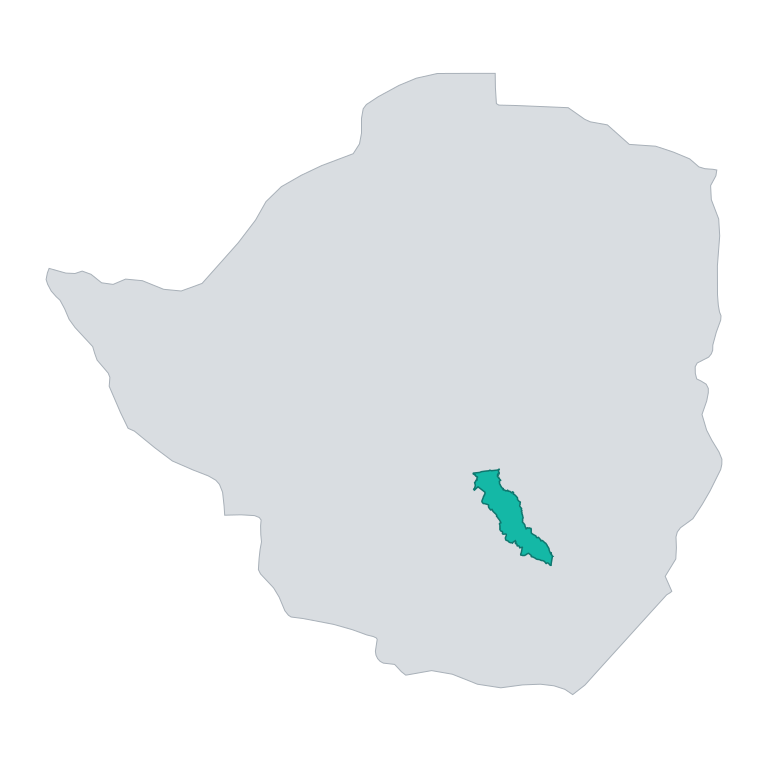 location of Chivi, Masvingo, Zimbabwe
{"feature_id": "62879985B12004776276546", "entity_name": "Chivi", "entity_type": "district", "adm_level": 2, "iso_a3": "ZWE", "parent_name": "Zimbabwe", "parent_adm1": "Masvingo", "projection": "mercator", "projection_center": [30.666, -20.5], "detail": "fine", "context": "in_parent", "style": "filled", "palette": "teal", "viewbox_px": 768, "rotation_deg": 0, "n_neighbors": 0, "source": "geoboundaries", "source_scale": "gbopen_adm2", "svg_char_len": 7969}
<svg xmlns="http://www.w3.org/2000/svg" viewBox="0 0 768 768"><path d="M572.7,694.6L564.8,689.3L554.0,685.8L540.4,684.2L522.6,684.9L500.8,687.8L477.4,684.2L452.3,674.2L431.6,670.6L406.8,675.0L405.7,675.1L401.4,671.7L394.6,664.4L383.3,663.1L380.2,661.4L377.7,658.7L376.0,655.2L375.4,651.3L377.2,639.3L376.2,637.9L373.2,636.5L367.0,635.0L352.1,629.6L333.3,624.3L302.9,618.5L291.1,617.0L288.4,615.2L284.9,610.8L279.1,597.0L273.6,587.9L260.5,573.9L258.4,569.6L259.1,558.5L260.1,549.5L261.5,541.9L260.8,534.8L260.6,525.9L261.1,520.0L259.3,517.5L254.5,515.6L241.0,514.8L224.7,515.2L224.1,506.2L222.6,492.3L219.5,484.4L215.8,480.2L208.3,475.9L193.1,470.0L172.4,461.0L154.7,447.7L134.4,431.1L128.1,428.3L120.6,412.8L109.2,386.3L109.9,377.4L108.2,373.1L97.1,360.1L94.7,353.4L92.7,346.6L75.1,327.6L69.1,319.3L64.6,308.7L60.0,300.2L56.2,296.7L51.2,291.0L47.7,284.4L46.1,279.5L47.4,272.9L49.1,268.4L65.9,273.1L75.0,273.5L82.2,271.1L91.0,274.3L101.6,282.8L113.1,284.4L125.6,279.1L142.4,280.7L163.6,289.3L181.2,291.0L202.1,283.4L220.8,262.4L238.3,242.7L255.6,220.0L266.0,201.6L281.3,186.7L301.4,175.2L321.9,165.5L353.2,153.7L359.5,143.9L361.5,133.2L361.5,118.4L363.2,108.8L366.4,104.5L371.6,101.1L378.4,96.6L399.0,85.4L416.3,78.2L437.3,73.5L460.4,73.4L482.6,73.4L495.2,73.4L495.4,87.6L496.4,103.6L498.8,105.1L515.5,105.5L542.3,106.6L568.2,107.7L584.7,119.3L590.2,121.8L607.4,124.9L629.3,144.4L655.6,146.2L673.7,152.2L689.7,158.9L698.9,166.9L704.9,168.7L712.9,169.3L716.8,170.0L715.9,175.8L710.6,185.6L711.3,199.6L718.7,219.0L719.7,235.9L717.4,265.8L717.5,294.8L718.3,305.1L719.5,312.0L721.0,315.8L720.7,320.1L716.3,332.2L712.8,345.1L712.7,350.2L711.3,353.9L708.7,357.1L697.2,363.0L695.2,366.7L695.3,373.3L696.7,378.9L701.0,381.0L706.2,384.2L708.3,388.4L708.3,392.8L706.7,401.0L702.0,414.5L706.6,430.1L711.8,440.2L719.0,452.0L721.9,459.2L721.8,464.4L720.7,469.5L710.0,491.0L702.3,504.3L692.9,518.7L680.5,527.7L677.3,532.0L676.0,536.9L676.4,547.7L675.8,559.0L665.2,576.3L671.8,591.3L670.3,592.6L666.7,594.8L651.4,611.6L635.9,628.7L624.6,641.2L611.7,655.4L597.3,671.3L585.0,685.0L572.7,694.6Z" fill="#d9dde1" stroke="#a8b0b8" stroke-width="1"/><path d="M552.8,556.3L552.7,556.2L552.4,556.1L551.9,555.2L551.4,554.7L551.5,554.5L551.4,554.4L551.0,554.1L551.0,553.9L551.3,553.8L551.3,553.7L551.3,552.9L551.2,552.7L550.8,552.6L550.6,552.9L550.5,553.1L550.4,553.1L549.4,550.8L549.3,550.4L549.1,549.8L549.0,548.8L548.7,548.1L547.8,546.6L547.6,546.5L547.5,546.4L547.1,545.2L546.8,544.9L546.4,544.2L545.6,543.1L545.4,543.0L544.8,542.8L544.4,542.3L544.1,542.1L543.5,541.4L543.3,541.3L542.9,540.9L542.2,540.5L541.7,540.4L541.1,540.9L540.9,540.9L540.7,540.5L540.6,540.1L540.5,539.7L540.3,539.4L539.3,538.2L538.5,537.4L538.3,537.3L538.1,537.3L537.3,537.7L536.9,537.7L536.5,537.3L536.2,536.9L536.0,536.1L535.7,535.8L535.0,535.4L534.1,535.0L533.6,534.6L532.7,534.2L532.4,533.9L531.5,533.3L531.4,533.0L531.3,532.3L531.2,531.9L531.2,530.7L531.3,529.8L531.1,529.2L531.1,528.6L531.0,528.4L530.8,528.3L530.4,528.5L530.2,528.4L529.5,528.0L529.3,527.9L528.4,528.1L528.2,528.1L527.8,527.9L527.4,527.8L527.2,527.9L526.9,528.2L526.6,528.7L526.0,528.8L525.8,527.7L525.4,527.2L525.1,526.4L524.8,524.9L524.6,524.5L524.0,523.8L523.7,523.3L522.7,522.4L522.5,522.2L522.4,522.0L522.5,521.6L522.7,521.0L522.6,520.4L522.6,520.2L522.6,519.5L522.5,519.0L522.7,518.8L522.8,518.5L523.0,518.2L523.1,517.6L522.8,517.0L522.8,516.5L522.5,515.2L522.3,514.5L521.8,513.7L522.0,513.2L522.0,512.8L521.4,511.4L521.6,511.1L521.9,510.8L521.8,510.4L521.5,510.0L521.3,509.3L521.3,509.1L521.6,508.7L521.5,508.4L519.8,506.3L519.7,505.9L519.7,505.2L520.0,504.6L520.1,504.4L520.0,503.4L520.3,502.7L520.3,502.1L520.1,501.9L518.9,501.2L518.2,500.3L518.0,500.1L517.5,499.5L517.5,499.3L517.5,497.9L517.3,497.5L517.0,497.3L516.8,497.0L516.4,496.4L516.1,496.1L515.4,495.6L515.0,495.0L514.4,494.5L513.8,494.4L513.4,494.1L513.3,493.7L513.5,493.1L513.6,492.8L513.2,492.2L512.8,491.9L512.4,491.9L512.1,492.2L511.9,492.7L511.6,492.8L511.4,492.7L511.2,492.4L510.7,492.1L510.0,491.4L509.2,491.2L508.6,491.1L508.3,491.3L508.1,491.2L508.0,490.6L507.8,490.3L507.6,490.2L507.2,490.5L506.6,490.8L506.3,490.8L505.8,490.7L505.5,490.8L505.3,490.7L505.0,490.2L504.6,490.0L504.3,490.0L503.8,490.0L503.4,489.9L503.2,489.8L503.2,489.5L503.1,489.4L503.4,489.0L503.3,488.6L502.2,488.0L501.7,487.4L501.3,486.9L501.2,486.6L500.8,486.2L500.6,485.5L500.4,485.3L500.2,484.7L499.5,483.7L499.6,482.8L499.3,481.9L499.3,481.4L499.4,481.2L500.3,480.5L500.4,480.3L500.6,480.3L500.6,480.2L499.5,479.0L499.3,478.4L498.7,478.2L498.7,477.3L498.1,477.2L497.4,476.1L498.1,475.4L497.7,475.2L497.5,474.9L497.6,474.5L498.0,473.9L499.0,474.0L499.2,473.2L499.0,472.9L499.1,472.4L498.5,472.0L498.6,471.2L498.4,470.4L499.2,469.6L499.0,469.2L498.3,469.6L498.2,470.0L491.6,470.7L489.8,470.2L488.8,470.8L485.5,471.1L482.6,471.5L481.7,471.6L480.3,472.1L479.9,472.4L473.4,473.1L473.2,473.3L473.2,473.5L473.3,474.0L473.9,474.3L474.2,474.5L474.4,474.6L474.8,475.0L475.1,475.0L475.3,474.9L475.4,475.1L475.4,475.4L475.6,475.9L475.9,476.2L476.1,476.2L476.9,476.8L477.4,476.9L477.5,477.1L477.4,477.3L477.2,477.5L476.9,478.3L477.0,478.7L477.0,478.9L476.9,479.1L477.1,479.6L477.1,480.0L476.9,480.1L476.4,480.0L476.2,480.1L476.1,480.3L476.1,480.5L475.7,480.9L475.6,481.5L475.4,481.9L475.3,482.1L475.0,482.1L474.9,482.2L474.6,482.6L474.7,482.9L474.9,483.4L474.9,483.9L475.1,484.2L475.3,484.9L475.3,485.2L475.1,486.6L474.8,487.2L474.8,487.5L474.8,487.8L474.7,487.9L474.7,488.3L474.3,488.4L474.1,488.5L473.7,489.3L473.8,489.4L474.2,489.4L474.3,489.6L474.4,490.1L474.6,490.0L475.6,489.0L478.0,486.8L484.9,492.1L485.0,492.3L484.9,492.8L485.1,493.1L485.1,493.3L484.7,494.1L484.7,494.7L484.4,494.8L484.1,495.2L484.2,495.4L484.0,495.8L484.0,496.0L483.6,496.3L483.5,496.5L483.4,496.7L483.4,497.1L482.0,500.7L481.9,501.5L482.0,501.9L482.5,502.6L482.9,503.1L483.2,503.5L483.5,503.6L484.6,503.6L485.1,503.8L485.3,503.9L485.7,503.9L488.1,504.7L488.4,505.0L488.5,505.0L488.6,505.7L488.5,506.2L488.5,506.8L488.8,507.6L490.3,509.6L490.8,510.0L491.4,509.8L491.8,509.4L492.1,509.4L492.5,510.4L492.8,510.8L492.9,511.2L493.1,511.5L493.4,511.7L494.7,513.1L495.0,513.2L496.2,514.5L496.7,515.1L496.8,515.4L496.5,516.0L496.6,516.4L497.4,517.1L498.3,518.5L499.4,519.8L499.9,520.8L500.6,521.9L500.8,522.4L500.9,522.8L500.8,523.0L500.1,523.0L499.7,523.3L499.5,523.6L499.5,523.9L499.5,524.2L499.8,524.8L499.9,525.5L500.0,526.1L500.0,526.6L499.8,526.9L499.9,527.3L499.9,527.5L500.2,528.1L500.0,528.6L499.8,528.8L499.9,529.5L500.3,530.2L500.6,530.8L501.4,531.3L502.2,531.5L502.4,531.7L502.6,532.1L502.6,532.6L502.4,533.3L502.4,533.5L502.6,533.9L503.0,534.1L503.6,534.2L505.2,534.0L505.6,534.0L506.0,534.1L506.3,534.4L506.3,535.1L506.2,535.9L506.0,536.3L505.5,537.4L505.3,538.1L505.5,538.6L505.6,539.5L506.1,540.3L506.9,540.5L507.9,540.9L508.4,541.4L508.7,541.8L509.4,542.3L510.5,542.7L511.5,542.7L512.1,542.8L512.4,543.1L512.7,542.8L513.1,542.2L513.3,542.0L515.1,540.9L515.3,540.7L515.8,541.5L515.9,542.3L515.3,542.9L515.6,543.6L515.9,543.8L516.6,543.9L516.9,544.3L517.1,545.7L517.3,545.9L517.5,545.9L517.8,545.9L518.5,545.8L518.9,546.0L519.1,546.2L519.4,546.7L519.6,547.6L519.7,547.8L519.9,547.8L520.8,547.5L521.6,547.4L522.0,547.3L522.3,547.3L522.4,547.6L522.0,548.4L521.9,549.7L521.7,550.4L521.6,551.2L521.1,553.3L520.7,554.0L520.7,554.8L520.8,555.0L521.0,555.2L521.8,555.2L522.2,555.3L522.5,555.5L524.2,555.5L524.9,555.4L525.4,555.0L526.4,554.5L527.2,553.8L527.9,553.5L528.5,553.3L529.9,554.3L531.4,555.6L531.4,555.9L531.2,556.2L531.3,556.6L531.6,556.8L532.1,556.8L532.4,556.9L533.7,557.3L534.3,557.8L535.2,558.1L535.8,558.7L536.5,559.1L537.5,559.4L538.8,559.5L539.6,559.7L540.2,559.9L541.2,560.5L541.9,560.5L543.1,560.7L543.9,561.1L544.6,561.6L545.0,562.1L545.9,563.3L546.1,563.5L546.3,563.5L546.9,563.0L547.2,562.9L547.6,562.9L548.1,563.1L548.4,563.3L548.8,563.6L549.5,564.6L549.9,565.0L550.2,565.2L550.9,565.4L551.1,565.3L551.1,564.8L551.2,563.5L552.4,556.4L552.8,556.3Z" fill="#14b8a6" stroke="#0f766e" stroke-width="1.5"/></svg>